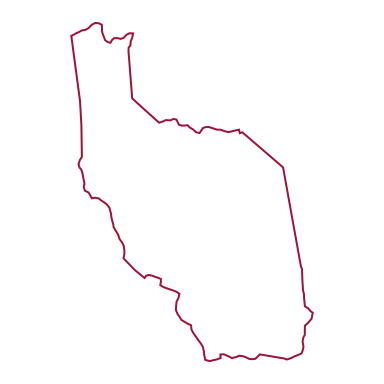 Capela do Alto Alegre, Bahia, Brazil
{"feature_id": "56859067B98354684740696", "entity_name": "Capela do Alto Alegre", "entity_type": "district", "adm_level": 2, "iso_a3": "BRA", "parent_name": "Brazil", "parent_adm1": "Bahia", "projection": "natural_earth1", "projection_center": [-39.84, -11.652], "detail": "fine", "context": "isolated", "style": "outline", "palette": "rose", "viewbox_px": 384, "rotation_deg": 0, "n_neighbors": 0, "source": "geoboundaries", "source_scale": "gbopen_adm2", "svg_char_len": 2252}
<svg xmlns="http://www.w3.org/2000/svg" viewBox="0 0 384 384"><path d="M133.1,33.4L129.2,33.3L126.5,34.8L123.5,38.0L120.5,38.9L117.5,38.1L114.2,38.1L111.9,40.1L110.5,42.8L107.7,42.1L105.0,40.0L104.0,37.2L102.6,33.7L101.9,30.6L102.0,27.7L101.8,24.8L98.7,23.2L95.1,23.0L91.7,24.8L88.3,28.3L85.2,29.9L81.9,30.4L79.1,32.0L76.4,33.1L73.9,34.6L71.3,35.8L80.0,100.8L81.4,124.9L81.9,156.8L79.9,160.0L78.5,164.3L79.4,167.4L81.2,169.5L82.3,172.6L84.5,184.0L83.7,186.7L84.9,190.7L88.4,192.4L90.0,194.8L91.7,198.3L95.3,197.7L98.9,198.5L101.4,200.6L103.6,202.0L106.9,204.4L109.5,207.9L110.2,210.8L111.0,213.5L111.4,217.4L112.4,221.5L113.3,224.6L113.7,227.3L115.9,231.0L118.1,234.5L119.5,238.9L122.2,242.7L123.7,245.9L124.4,250.5L124.3,254.8L123.5,258.3L134.9,270.1L144.6,278.0L146.1,275.8L148.6,275.0L151.6,275.5L154.6,276.6L158.2,277.8L160.9,279.0L160.9,281.9L160.3,285.2L162.7,286.7L165.8,288.0L168.9,289.0L171.5,289.9L174.0,290.8L176.3,291.7L179.4,293.8L178.5,297.8L176.5,301.9L176.1,306.3L175.9,310.0L177.7,314.3L179.5,316.7L181.4,319.9L184.7,321.9L187.5,323.6L191.1,325.3L191.5,329.7L193.8,333.8L195.6,336.3L197.3,338.7L199.2,341.3L201.0,343.8L202.8,346.8L203.8,351.0L204.3,355.3L205.2,359.8L207.9,360.7L210.3,361.0L213.2,360.2L216.1,359.6L220.6,358.1L220.4,354.5L223.9,354.3L228.0,356.1L231.9,358.0L235.7,357.2L239.0,355.8L241.9,356.0L245.4,357.0L249.2,358.9L252.4,359.2L255.3,358.8L257.9,356.4L259.8,354.4L284.2,358.5L286.7,359.5L290.9,358.2L295.0,356.1L298.3,354.9L301.4,353.5L302.6,350.8L303.5,346.8L302.6,341.6L303.3,337.5L304.8,334.9L304.8,330.3L304.9,325.7L307.8,323.1L311.6,318.7L312.7,312.7L310.7,311.3L308.1,308.3L304.9,306.3L304.4,301.1L304.1,298.0L304.0,294.3L303.0,290.4L302.7,284.7L302.4,281.1L302.2,274.8L302.1,272.0L302.0,269.0L300.9,266.3L284.4,174.8L283.1,167.4L242.3,132.3L239.8,133.2L239.0,129.7L236.5,130.2L231.7,131.4L228.0,132.1L224.4,131.1L220.4,129.7L216.9,129.6L213.1,128.4L208.9,127.0L205.7,127.1L203.1,128.0L201.5,130.2L199.6,133.0L196.1,132.3L193.1,129.5L189.6,127.4L187.6,125.2L184.9,125.5L181.6,125.6L179.0,124.8L176.5,119.6L173.6,118.9L170.2,120.4L165.8,120.1L162.6,121.6L159.1,122.7L142.5,107.8L132.2,98.4L128.5,51.3L128.6,47.7L130.4,45.6L130.7,41.2L132.1,38.1L133.1,33.4Z" fill="none" stroke="#9f1239" stroke-width="2"/></svg>